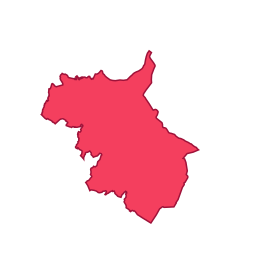 outline of Masyaf, Hamah, Syria, rotated 131°
{"feature_id": "27442178B31990643139600", "entity_name": "Masyaf", "entity_type": "district", "adm_level": 2, "iso_a3": "SYR", "parent_name": "Syria", "parent_adm1": "Hamah", "projection": "mercator", "projection_center": [36.393, 35.051], "detail": "fine", "context": "isolated", "style": "filled", "palette": "rose", "viewbox_px": 256, "rotation_deg": 131, "n_neighbors": 0, "source": "geoboundaries", "source_scale": "gbopen_adm2", "svg_char_len": 5915}
<svg xmlns="http://www.w3.org/2000/svg" viewBox="0 0 256 256"><g transform="rotate(131 128 128)"><path d="M172.6,185.7L166.4,185.0L165.4,184.6L163.7,183.2L163.5,182.5L163.0,179.9L163.5,179.6L163.3,177.5L163.3,177.2L163.9,176.8L166.1,176.7L166.7,176.2L165.3,172.5L164.8,171.8L164.7,171.1L164.4,171.1L163.8,170.7L163.2,170.6L162.0,168.8L162.4,168.7L160.5,166.6L158.9,165.6L158.5,164.9L157.6,164.7L157.6,165.2L156.6,165.6L156.4,165.4L155.8,165.5L155.6,165.3L155.9,164.2L155.7,163.8L156.4,163.3L160.2,162.8L160.7,161.6L162.4,161.4L163.0,162.2L163.2,162.9L164.8,162.5L165.1,161.7L165.4,162.0L165.8,161.9L166.1,161.5L166.3,160.9L166.7,160.8L167.7,159.8L167.7,158.9L168.1,158.4L168.2,158.0L168.5,158.0L170.0,156.7L170.4,156.7L171.2,156.8L171.4,156.8L171.8,156.1L172.1,155.9L173.6,155.8L174.4,155.9L174.9,155.4L176.7,155.2L177.2,154.6L177.0,153.2L176.9,152.9L176.7,152.9L176.7,152.7L175.8,153.0L175.7,152.3L176.1,150.9L176.0,150.1L175.7,149.6L175.6,148.5L175.4,148.0L176.1,147.0L178.4,145.7L179.3,145.8L180.0,145.7L180.1,143.7L180.4,142.3L180.3,141.8L180.5,141.1L179.5,142.0L179.2,142.1L176.7,143.0L175.8,143.0L174.8,143.7L173.9,143.6L173.1,142.8L172.2,142.3L170.5,141.8L170.9,139.5L171.3,139.0L172.1,138.6L172.3,138.2L172.5,135.5L172.8,135.0L170.9,134.0L169.1,132.8L165.6,132.7L164.9,131.3L165.5,130.1L166.2,130.3L170.3,128.5L173.3,128.7L176.8,126.8L178.9,127.3L179.5,128.9L180.6,128.7L181.3,128.7L182.2,129.4L182.9,129.4L183.8,129.0L185.1,127.4L186.5,126.2L187.7,125.8L188.1,123.8L188.9,123.3L190.6,123.4L192.5,123.2L193.5,123.4L194.9,124.1L195.7,123.9L196.8,124.2L197.8,120.7L200.3,115.7L199.0,115.4L197.4,112.9L196.5,110.9L196.2,109.1L196.3,108.4L195.8,107.3L195.2,106.7L193.6,105.5L192.1,105.4L191.4,104.6L190.8,104.1L190.2,103.9L189.9,103.3L190.3,102.4L193.3,101.7L193.0,101.0L191.7,100.9L190.1,100.1L188.5,99.8L188.3,99.7L186.7,99.2L185.8,98.4L185.7,98.4L185.9,97.8L184.7,97.1L185.4,95.4L186.0,94.9L186.0,94.7L186.1,91.8L186.3,91.1L185.8,89.7L184.9,87.8L182.5,88.7L180.0,88.5L179.2,88.7L178.3,88.5L177.8,88.1L177.3,88.2L177.2,87.1L177.8,86.5L178.0,86.8L178.5,86.8L178.9,86.4L179.6,86.2L179.8,85.5L180.4,84.9L181.1,84.5L181.6,84.1L182.5,84.0L184.2,84.1L184.6,83.2L185.2,82.8L186.0,82.7L186.5,82.1L187.3,79.5L188.0,78.2L189.4,77.1L189.0,74.4L189.0,72.5L189.5,72.4L189.4,71.2L188.0,71.0L187.4,70.7L187.0,69.3L186.5,69.2L186.4,68.3L186.4,67.4L187.2,64.1L186.2,57.3L184.7,48.4L174.9,49.7L168.3,51.1L164.8,50.3L164.4,49.9L164.4,49.2L164.2,48.7L157.4,41.6L153.0,42.4L152.9,42.8L149.1,43.3L137.1,48.0L133.9,48.4L132.7,49.7L131.5,49.3L126.3,50.3L125.2,51.2L124.9,53.5L121.5,55.1L116.0,61.7L114.2,65.0L114.8,66.5L108.5,66.6L103.5,63.0L98.2,60.4L98.2,62.5L97.8,63.5L98.4,65.5L98.6,67.8L98.5,69.7L99.0,70.6L99.3,72.9L100.3,76.3L100.4,78.1L101.1,80.5L101.3,81.2L102.4,83.1L102.7,86.5L102.4,88.0L102.4,88.8L103.8,92.1L104.3,92.8L104.8,94.2L103.8,97.1L103.3,99.1L103.7,100.4L104.6,101.6L104.6,102.0L103.9,103.2L102.6,104.4L101.7,105.9L102.0,112.7L101.7,113.6L101.0,114.1L98.8,114.5L96.1,115.8L95.6,117.1L95.6,118.6L96.0,119.5L97.1,120.3L97.6,120.3L98.0,121.0L95.8,128.1L94.4,133.5L93.9,134.8L93.5,137.8L92.0,138.7L87.4,139.3L78.4,139.9L76.2,142.1L72.3,145.1L66.2,147.4L63.7,148.1L62.9,148.8L62.0,151.6L61.1,155.7L60.4,158.0L59.5,158.9L55.7,159.8L55.9,162.7L58.8,162.4L61.8,161.2L64.9,159.6L68.7,157.3L69.4,157.1L70.7,157.1L72.0,156.6L73.8,156.3L75.6,156.7L78.1,157.4L80.1,158.5L82.4,159.4L84.4,159.7L85.9,159.7L87.1,160.0L92.2,160.3L95.0,162.7L97.1,165.6L100.6,168.6L102.2,170.8L103.4,173.1L103.8,177.5L103.7,179.7L103.3,180.9L103.4,182.3L102.9,183.3L102.0,184.5L101.9,185.2L102.3,186.1L105.5,186.1L106.5,186.3L107.8,186.9L108.7,188.1L113.7,186.6L114.0,187.5L114.4,187.3L114.7,187.5L114.9,187.3L115.2,187.5L114.9,189.5L114.7,190.0L114.2,190.6L114.4,191.1L114.8,191.2L114.8,191.5L115.1,191.6L116.0,191.8L116.5,191.8L117.0,191.9L117.7,192.9L117.7,193.4L117.9,194.0L118.2,194.2L118.4,194.6L119.0,194.7L119.1,195.1L119.4,195.1L119.9,195.2L119.5,195.9L119.8,196.3L120.1,196.4L120.6,196.2L120.4,195.9L120.4,195.7L120.8,195.5L121.1,195.7L120.8,195.8L121.0,195.8L120.9,196.2L121.3,196.6L120.9,196.8L121.8,197.3L122.7,197.1L122.9,196.4L123.4,196.4L123.6,196.6L123.6,197.2L123.2,198.2L122.7,198.3L122.5,198.8L122.8,198.9L122.6,199.2L122.7,199.6L122.3,200.1L122.2,200.5L122.5,200.5L122.5,200.8L123.6,201.0L123.7,200.6L123.7,200.2L124.0,200.4L124.3,200.3L124.3,200.0L124.6,199.6L124.8,199.0L125.2,199.1L125.4,198.9L125.6,199.1L125.8,199.4L125.5,199.6L125.2,199.6L125.2,199.9L125.5,200.1L125.5,200.3L125.3,200.3L125.5,200.6L125.5,200.8L125.9,200.9L126.2,200.7L126.2,200.9L128.9,205.8L128.8,206.8L128.6,207.0L128.2,208.0L128.1,208.7L128.5,210.7L129.4,211.3L129.4,211.7L129.7,212.1L130.0,213.5L130.7,213.4L132.3,213.6L133.8,213.0L133.8,212.8L134.2,212.1L134.9,211.9L135.8,210.7L136.4,208.6L136.6,208.4L136.5,208.0L137.2,206.5L137.7,205.9L138.3,205.5L143.9,209.2L144.3,210.6L144.3,211.3L144.0,212.1L143.9,213.4L144.1,214.1L144.3,214.1L144.3,214.3L144.8,214.4L146.7,213.5L146.8,213.4L148.6,212.7L149.8,212.6L150.2,213.3L150.5,213.3L151.5,212.4L151.8,212.3L152.0,212.0L153.0,211.5L153.1,211.2L153.3,211.2L154.1,209.9L154.4,209.5L154.8,209.4L154.8,209.2L155.1,209.0L155.2,208.8L155.5,208.6L155.9,208.5L156.1,208.7L156.9,208.3L157.2,208.3L157.3,208.4L157.9,208.1L158.0,207.8L158.3,207.8L158.4,207.5L158.9,207.2L159.1,206.7L159.7,206.6L159.6,206.3L160.2,206.3L160.3,206.7L160.6,206.5L160.8,207.4L161.5,207.1L162.7,207.0L163.3,206.8L163.5,206.5L164.1,206.8L164.6,206.8L165.1,206.5L165.2,206.1L166.1,206.0L166.2,205.8L166.6,205.6L166.8,205.3L167.4,205.1L168.9,204.8L169.5,204.4L170.2,204.4L170.7,204.1L171.3,203.5L171.7,203.4L171.8,203.1L172.4,202.8L173.2,202.8L173.7,202.1L174.7,202.3L175.1,197.1L175.0,196.2L174.9,195.4L174.6,195.4L174.5,195.0L173.6,194.8L173.4,193.6L173.5,193.1L173.0,191.8L172.7,190.2L172.7,189.8L172.9,189.5L172.7,189.0L172.7,188.0L172.8,188.0L172.5,187.3L172.6,185.7Z" fill="#f43f5e" stroke="#9f1239" stroke-width="1.5"/></g></svg>